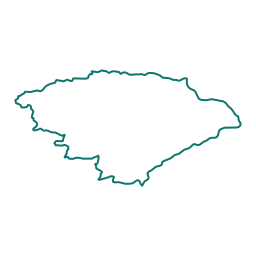 an SVG outline of Ysyk-Köl
{"feature_id": "KGZ-1117", "entity_name": "Ysyk-Köl", "entity_type": "Region", "adm_level": 1, "iso_a3": "KGZ", "parent_name": "Kyrgyzstan", "parent_adm1": "", "projection": "albers", "projection_center": [77.293, 42.048], "detail": "fine", "context": "isolated", "style": "outline", "palette": "teal", "viewbox_px": 256, "rotation_deg": 0, "n_neighbors": 0, "source": "natural_earth", "source_scale": "10m", "svg_char_len": 5280}
<svg xmlns="http://www.w3.org/2000/svg" viewBox="0 0 256 256"><path d="M238.1,116.4L238.4,117.3L238.6,119.5L238.9,120.5L239.4,121.5L240.1,122.3L240.5,123.2L240.6,124.5L239.4,126.6L237.0,127.5L224.8,127.7L222.3,128.5L220.5,129.3L219.7,129.9L219.1,130.9L218.7,132.1L218.2,134.6L217.8,135.7L216.1,137.5L213.9,137.8L211.6,137.8L209.4,138.4L206.7,140.5L203.6,141.8L199.8,144.6L198.8,145.0L197.6,145.0L194.5,144.1L193.4,144.4L192.6,145.0L190.3,147.2L189.3,148.0L188.2,148.5L185.9,149.1L184.0,149.9L178.6,154.0L175.6,154.7L174.7,155.1L170.4,158.4L163.7,161.1L163.1,161.5L162.4,162.1L162.1,162.8L161.7,164.5L161.2,165.1L159.5,165.9L155.8,166.8L151.3,170.4L149.4,171.3L148.5,171.9L147.7,172.9L147.5,174.1L148.4,176.7L148.6,177.8L148.1,179.0L147.2,179.8L145.2,181.0L144.4,181.8L143.2,183.6L142.3,185.5L141.3,184.8L140.7,184.1L140.4,183.5L140.0,182.5L139.6,181.5L139.3,181.1L138.9,180.7L138.5,180.5L138.0,180.3L137.5,180.3L137.2,180.3L136.6,180.6L135.5,181.3L134.8,181.9L132.6,183.2L131.4,183.5L129.0,183.8L125.4,183.8L119.0,182.2L114.4,182.3L113.7,182.1L113.2,181.9L113.1,181.7L112.9,181.0L112.9,180.3L113.0,179.9L113.1,179.5L113.7,178.0L113.9,177.7L113.9,177.3L113.7,176.9L113.2,176.5L112.5,176.4L110.8,176.3L110.3,176.4L108.6,177.2L100.5,179.6L98.9,179.8L98.6,179.6L98.6,179.3L98.8,178.9L99.0,178.7L99.5,178.3L99.7,178.0L99.9,177.7L100.1,177.4L100.7,175.3L100.7,174.5L100.8,174.1L100.9,173.8L101.7,172.6L101.9,172.3L101.9,172.0L101.8,171.7L101.5,171.4L101.2,171.2L99.6,170.2L97.0,169.0L96.4,168.3L96.3,167.9L96.3,167.6L96.0,166.3L95.8,165.5L95.5,164.9L95.3,164.2L95.5,163.9L95.9,164.1L96.0,164.2L96.4,164.3L96.8,164.1L97.2,163.8L98.0,161.5L98.4,159.8L98.7,157.1L98.3,155.8L98.1,155.8L97.8,155.8L97.1,156.4L96.1,156.8L94.4,157.2L94.0,157.4L93.4,157.8L93.0,158.1L92.4,158.4L91.9,158.6L83.0,158.7L80.2,158.0L76.7,157.7L76.2,157.7L75.5,157.9L74.0,158.6L73.0,158.8L71.8,158.9L69.4,158.6L69.0,158.5L68.7,158.3L68.5,158.0L68.4,157.7L68.2,157.4L67.9,157.1L67.3,156.9L66.9,156.9L66.0,157.2L65.2,157.4L64.8,157.3L64.7,157.1L64.8,156.7L65.0,156.4L65.8,155.2L66.3,154.2L66.6,153.4L66.7,153.0L66.8,151.9L66.9,151.5L67.0,151.1L67.2,150.7L68.0,149.5L68.1,149.1L68.4,147.9L68.4,147.5L68.4,147.2L68.2,146.9L68.0,146.6L67.0,145.9L65.7,145.3L64.9,145.0L64.4,144.9L64.1,144.9L63.2,145.4L62.2,145.6L55.7,145.2L55.3,144.6L55.2,144.3L54.5,143.3L55.2,141.9L55.7,141.5L56.3,141.2L56.7,141.1L57.8,141.0L60.9,141.2L62.4,141.1L62.8,140.8L63.0,140.4L63.1,139.3L63.2,139.0L63.7,137.4L64.7,135.2L64.3,134.9L63.9,135.0L62.8,135.6L62.5,135.6L62.1,135.6L61.3,135.4L59.8,134.8L55.8,132.6L55.1,132.5L51.4,132.3L51.1,132.2L49.6,131.6L48.5,130.9L46.6,130.4L46.2,130.3L45.9,130.3L44.7,130.7L44.3,130.7L44.0,130.7L43.4,130.5L42.8,130.1L41.6,129.2L40.9,128.8L40.5,128.7L40.1,128.7L39.0,129.3L35.2,130.3L34.8,130.3L34.4,130.3L33.6,130.1L33.3,129.8L33.2,129.4L33.3,129.0L33.4,128.7L33.6,128.4L33.9,128.2L34.9,127.5L35.9,126.7L36.4,126.2L36.6,125.9L36.8,125.5L37.0,124.7L37.1,124.3L37.1,123.8L36.9,123.3L36.5,122.5L36.1,122.1L35.7,121.8L34.0,120.6L33.6,120.2L33.4,119.8L33.6,118.9L33.5,118.4L33.3,118.1L33.0,118.0L32.5,117.9L32.1,117.7L31.9,117.5L31.8,117.1L31.9,116.7L32.2,115.1L32.3,114.7L33.1,112.4L33.2,112.1L33.2,111.7L33.0,111.0L32.9,110.6L32.7,110.4L32.1,109.7L31.3,109.1L31.1,108.8L31.0,108.4L31.0,108.1L31.0,107.7L30.9,106.8L30.7,106.0L30.3,105.7L30.0,105.4L28.7,105.1L28.3,105.0L28.0,105.1L27.8,105.3L27.6,105.6L27.5,106.0L27.3,106.3L27.1,106.6L26.6,107.0L26.3,107.1L25.8,107.3L22.2,107.5L21.8,107.4L21.6,107.2L21.4,107.0L20.7,105.4L20.4,105.1L20.0,104.8L18.7,104.1L18.4,103.9L18.0,103.7L17.7,103.6L16.4,103.5L16.2,103.3L16.1,103.0L15.4,100.8L15.4,100.2L17.3,99.0L17.7,98.7L17.9,98.4L18.1,97.8L18.1,97.6L18.2,96.6L18.3,96.3L18.6,96.1L19.3,96.0L19.8,95.9L20.5,95.6L21.6,94.7L22.3,94.3L23.5,93.7L24.0,93.4L24.3,93.2L24.8,92.1L25.2,91.8L25.9,91.7L29.5,92.1L30.4,92.0L37.2,90.5L38.3,90.5L39.1,91.0L39.7,91.2L40.0,91.2L40.3,91.2L40.8,91.1L41.3,90.9L42.5,90.1L42.8,89.8L45.5,86.6L46.5,85.8L47.6,85.2L50.9,83.7L54.6,82.9L54.9,82.7L55.2,82.5L56.1,80.5L56.4,80.2L56.7,80.0L57.2,80.1L60.2,80.8L61.5,80.7L63.0,81.3L63.5,81.3L64.2,81.1L66.8,79.8L67.1,79.7L67.6,79.8L69.9,80.8L71.4,81.0L71.8,81.0L72.1,80.8L72.4,80.4L72.6,80.0L72.8,79.6L72.9,79.2L73.1,78.8L73.4,78.5L74.0,78.4L85.4,78.7L86.4,78.5L87.7,78.1L88.1,77.7L88.3,77.4L88.6,76.1L88.8,75.6L90.0,74.3L90.3,74.1L90.5,73.9L90.8,73.9L91.5,74.1L91.8,74.1L92.1,74.0L92.3,73.6L92.4,73.0L91.9,71.4L92.7,71.4L97.5,72.2L99.1,71.7L101.1,70.7L101.8,70.5L102.6,70.6L103.9,71.1L105.8,71.0L106.8,71.5L107.6,72.2L108.6,72.8L109.4,72.8L111.9,71.5L112.9,71.3L116.1,71.5L119.3,72.2L119.6,72.6L119.8,73.1L120.2,73.4L120.7,73.8L122.0,73.3L122.8,72.7L123.2,72.5L124.3,72.4L125.4,72.5L126.5,72.9L129.2,74.5L131.4,74.8L136.6,74.3L138.8,74.4L141.0,74.1L141.9,74.2L143.9,74.9L144.9,75.0L145.8,74.6L147.5,73.5L148.5,73.1L150.6,72.9L153.8,73.2L158.6,74.8L160.6,75.9L162.3,77.3L163.1,77.7L169.0,78.2L172.9,79.8L176.1,79.9L178.0,80.6L179.8,80.6L183.5,78.6L185.4,78.2L186.6,78.5L187.0,79.2L186.8,81.7L186.9,83.3L187.2,84.6L187.7,85.8L188.4,87.0L190.2,88.7L194.1,90.4L195.6,92.0L198.0,97.3L199.3,99.1L201.8,100.0L206.5,100.2L210.4,99.3L212.5,99.3L223.3,101.4L225.4,102.7L226.1,103.4L228.1,106.1L231.3,108.9L233.0,111.0L234.3,113.2L235.9,115.2L238.1,116.4Z" fill="none" stroke="#0f766e" stroke-width="2"/></svg>